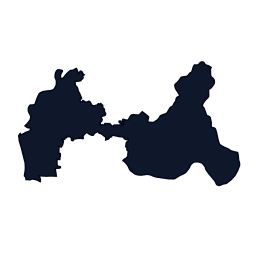 Tu Nghia, Quảng Ngãi, Vietnam, rotated 177°
{"feature_id": "81297802B55656475848083", "entity_name": "Tu Nghia", "entity_type": "district", "adm_level": 2, "iso_a3": "VNM", "parent_name": "Vietnam", "parent_adm1": "Quảng Ngãi", "projection": "robinson", "projection_center": [108.775, 15.091], "detail": "fine", "context": "isolated", "style": "filled", "palette": "ink", "viewbox_px": 256, "rotation_deg": 177, "n_neighbors": 0, "source": "geoboundaries", "source_scale": "gbopen_adm2", "svg_char_len": 5923}
<svg xmlns="http://www.w3.org/2000/svg" viewBox="0 0 256 256"><g transform="rotate(177 128 128)"><path d="M79.0,168.4L78.7,165.9L78.1,164.2L74.3,157.7L76.9,156.3L77.8,155.7L78.2,155.0L78.9,152.6L79.3,151.8L80.5,150.4L81.7,148.1L82.8,147.2L84.0,146.7L85.0,145.9L87.9,141.4L88.9,140.6L89.5,140.3L94.1,138.9L95.1,138.3L97.5,135.0L102.0,132.2L102.9,132.2L105.8,132.5L107.7,132.9L108.0,133.6L106.9,137.8L106.9,138.1L110.1,141.1L112.9,143.4L116.2,140.5L117.1,140.3L121.6,141.0L123.3,140.9L124.1,140.6L125.6,138.9L127.3,136.0L128.8,135.9L130.3,136.2L132.1,136.9L132.6,136.9L132.8,136.7L132.8,136.0L132.0,135.6L131.8,135.2L131.9,134.8L132.2,134.5L134.0,134.9L135.4,135.4L136.5,135.3L136.6,134.7L136.5,134.3L135.8,133.5L135.0,133.0L132.7,132.8L132.4,132.7L132.3,132.0L132.6,131.6L132.9,131.5L137.1,131.4L141.5,131.6L142.8,130.9L143.5,130.7L144.1,130.8L145.4,132.8L146.0,133.1L146.6,133.4L148.2,133.4L150.7,133.7L151.0,133.5L151.7,132.4L152.1,132.1L152.7,132.1L153.1,132.5L153.6,132.7L154.1,132.6L155.5,131.6L155.6,132.5L155.4,135.2L155.1,135.6L154.3,135.9L153.9,136.3L153.7,136.8L153.4,137.8L153.6,138.5L154.5,140.2L153.7,140.8L152.8,141.3L151.1,141.5L150.4,141.9L150.0,142.1L149.6,143.3L149.7,143.8L150.6,145.7L150.7,146.8L150.6,147.7L150.8,148.3L151.3,148.6L151.9,148.6L152.2,152.2L153.0,152.6L153.8,153.8L154.1,153.9L154.3,153.8L154.9,152.7L155.5,152.9L155.9,153.7L156.4,153.8L157.5,152.6L160.8,151.9L161.9,152.1L162.3,152.2L163.1,153.2L164.7,156.3L165.4,156.7L166.1,156.7L167.1,156.1L168.5,156.0L169.0,156.0L171.0,157.5L171.5,157.8L171.7,157.7L172.3,156.4L172.6,156.3L173.9,156.8L174.4,157.1L174.5,157.5L174.4,158.3L172.8,160.3L174.7,165.4L175.6,167.1L176.4,170.7L177.0,171.8L178.5,173.5L178.4,175.5L178.5,176.5L178.2,177.2L177.8,177.4L175.3,177.4L172.8,177.7L172.3,178.2L172.0,179.0L170.7,179.6L170.2,180.7L170.5,182.1L170.5,182.4L169.0,183.4L169.9,184.1L170.8,186.2L171.9,187.2L172.6,187.2L172.9,187.0L174.1,185.2L174.6,184.9L176.2,189.7L176.5,190.1L177.0,190.1L179.5,188.6L182.2,188.4L182.9,188.2L186.2,185.5L187.8,183.9L189.0,182.3L190.0,181.4L191.7,180.6L192.4,181.0L192.7,182.1L192.8,183.7L192.3,185.4L190.6,188.1L190.6,188.8L191.0,189.0L193.7,189.7L195.1,189.7L196.3,188.8L196.9,187.9L197.6,186.4L198.2,182.6L198.1,182.2L197.1,179.6L197.0,177.7L197.3,175.1L197.5,174.3L198.9,171.9L199.6,170.9L200.5,170.2L202.9,169.3L206.7,169.2L210.8,168.8L212.0,168.5L214.3,167.3L214.8,166.9L215.4,165.9L217.4,162.1L219.4,156.9L219.7,156.6L221.5,155.9L224.5,156.0L225.7,154.6L226.3,153.5L226.6,151.7L226.5,149.8L225.8,147.9L225.1,146.6L224.5,145.0L224.7,142.7L225.1,141.6L225.9,140.5L228.1,137.8L230.7,135.5L228.5,133.7L227.2,133.4L225.6,133.4L225.3,133.2L225.8,130.8L226.0,130.4L227.0,129.9L230.3,128.9L234.9,126.6L235.9,128.1L237.3,126.5L237.5,125.7L237.5,124.8L237.2,123.3L237.3,121.3L235.6,114.4L232.5,98.6L232.5,93.8L232.9,90.3L233.6,87.6L233.6,86.9L233.9,85.8L233.8,85.4L233.4,85.2L232.9,84.3L232.6,83.4L232.5,81.8L231.0,81.8L228.6,81.4L226.6,82.1L225.7,82.1L221.8,81.0L220.0,80.1L219.1,79.3L218.4,79.1L218.2,81.3L218.8,83.8L219.4,85.0L211.9,84.2L208.2,84.2L202.1,83.7L202.7,89.8L202.7,91.6L199.2,91.5L198.0,91.7L197.6,91.9L197.6,92.8L199.9,93.6L200.7,94.1L200.8,94.8L200.7,98.6L200.4,100.5L197.9,100.1L197.7,100.4L197.6,100.8L197.7,102.9L197.1,103.1L197.0,106.0L198.5,106.7L198.1,111.6L197.7,112.9L197.6,113.0L195.6,112.5L195.1,113.2L194.3,114.5L193.6,116.7L193.2,118.2L193.4,118.5L194.3,119.1L194.7,119.7L194.3,120.2L192.7,119.9L191.8,120.1L191.2,121.7L189.9,121.5L189.1,122.7L187.8,122.5L187.1,123.0L186.8,122.9L185.9,121.5L184.6,121.0L185.1,119.0L185.0,118.7L184.3,118.3L183.4,118.4L182.5,119.7L181.9,120.0L180.6,120.0L179.6,120.2L176.5,120.3L175.5,120.2L173.6,119.7L173.2,120.1L173.4,121.9L173.2,122.6L172.7,123.2L171.3,124.4L170.3,125.5L169.3,125.6L168.5,125.1L166.8,123.8L164.9,122.8L163.3,122.6L162.7,123.0L162.3,123.9L161.6,124.6L158.1,126.1L157.6,125.8L157.5,124.9L156.7,124.2L155.7,124.0L155.0,123.6L150.6,119.9L150.9,117.3L148.2,118.0L146.5,119.7L144.8,120.2L144.7,120.5L144.8,121.4L144.7,121.6L143.1,121.5L137.2,119.9L134.3,119.5L133.6,119.2L132.9,118.6L131.9,117.3L131.2,116.9L130.4,116.5L128.4,116.4L128.3,115.2L128.5,114.9L130.2,113.7L130.4,113.3L130.7,112.3L131.2,109.4L131.0,109.2L130.1,108.8L130.0,108.6L130.2,107.3L130.0,105.6L129.7,105.3L128.8,105.2L128.6,104.9L128.6,104.5L129.2,103.3L129.5,102.0L129.6,99.6L130.7,98.8L131.6,97.7L133.1,97.2L134.2,96.3L134.7,95.7L133.2,94.5L132.2,93.4L130.3,90.8L129.6,89.4L128.5,86.5L127.5,85.1L123.4,81.7L121.8,81.1L120.0,80.6L117.2,80.3L111.1,80.8L107.8,80.0L104.4,78.3L102.1,77.6L89.9,75.2L84.8,74.9L83.9,75.1L78.6,78.0L75.4,79.2L72.8,80.6L71.8,81.6L69.3,84.6L68.4,86.1L67.8,87.5L66.1,89.2L64.7,90.2L63.7,90.6L60.8,90.7L59.3,90.5L56.4,89.4L55.7,89.0L53.8,86.6L52.7,84.6L52.3,82.4L49.8,78.4L47.1,74.9L44.3,71.1L43.4,69.5L42.6,67.4L42.0,66.6L40.8,66.0L39.9,65.9L38.1,66.3L36.1,67.1L33.2,67.5L31.9,68.1L27.8,71.0L23.7,75.0L23.0,76.1L22.2,77.5L20.7,79.8L19.6,82.5L18.8,84.2L18.5,85.2L18.5,86.3L18.6,87.9L19.2,89.7L19.3,91.2L19.4,95.2L19.9,97.8L22.6,98.5L26.4,99.8L29.0,101.8L32.7,103.6L35.4,105.2L36.5,106.1L37.3,106.9L37.8,107.8L38.7,111.4L39.8,118.3L40.6,121.9L41.2,123.0L42.0,123.5L44.0,124.1L44.8,124.9L44.9,126.3L44.7,127.4L44.6,128.9L45.3,133.7L45.8,134.7L47.0,135.6L48.5,136.2L48.8,136.6L49.1,137.3L51.1,143.9L52.0,144.9L52.5,145.9L52.6,146.9L51.7,148.8L49.6,151.5L48.2,152.9L47.2,153.7L45.9,155.1L45.7,156.5L45.6,162.0L45.3,162.4L43.0,163.7L41.0,165.9L39.7,167.8L39.3,169.7L39.4,171.2L40.2,172.7L41.0,173.7L42.2,174.5L42.5,175.2L42.6,175.9L42.8,177.1L42.7,182.2L42.4,183.2L41.8,184.1L42.9,184.8L43.8,185.6L47.3,187.0L47.7,187.5L48.8,189.3L49.3,189.8L50.0,190.0L50.9,190.1L52.2,189.7L53.9,188.0L55.1,187.3L55.8,187.2L57.9,187.5L58.4,187.3L59.1,186.5L59.6,185.5L61.1,181.2L61.7,180.3L63.3,179.6L65.0,177.6L66.3,176.6L68.0,176.3L70.8,176.1L72.1,175.8L72.6,175.4L73.6,173.9L76.2,171.1L78.6,169.1L79.0,168.4Z" fill="#0f172a" stroke="#020617" stroke-width="1.5"/></g></svg>